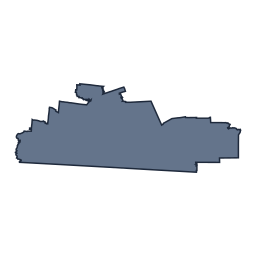 the district of Uxpanapa, Veracruz, Mexico
{"feature_id": "50627088B30619044405855", "entity_name": "Uxpanapa", "entity_type": "district", "adm_level": 2, "iso_a3": "MEX", "parent_name": "Mexico", "parent_adm1": "Veracruz", "projection": "orthographic", "projection_center": [-94.45, 17.306], "detail": "fine", "context": "isolated", "style": "filled", "palette": "slate", "viewbox_px": 256, "rotation_deg": 0, "n_neighbors": 0, "source": "geoboundaries", "source_scale": "gbopen_adm2", "svg_char_len": 5298}
<svg xmlns="http://www.w3.org/2000/svg" viewBox="0 0 256 256"><path d="M196.4,172.2L196.4,170.5L196.9,170.5L196.9,169.8L196.9,168.0L196.9,167.5L196.9,167.0L196.9,166.7L196.9,166.0L196.1,166.0L196.1,165.2L197.0,165.2L196.9,163.9L196.2,163.9L196.5,163.7L195.7,162.7L195.7,162.3L219.6,162.4L219.5,158.0L238.4,157.8L238.4,143.5L238.5,134.8L239.5,133.4L240.2,132.1L240.3,131.6L240.3,131.3L240.3,131.0L240.4,130.7L240.6,130.5L240.6,130.4L240.6,130.2L240.4,129.7L240.3,129.4L240.2,129.3L239.9,129.5L239.7,129.5L239.3,129.7L239.2,129.6L238.8,129.5L238.0,129.4L237.9,129.5L237.7,129.8L237.5,129.7L237.2,129.7L236.7,129.4L236.5,129.2L236.4,128.8L236.3,128.7L236.2,128.5L235.8,128.3L234.1,127.8L233.2,128.0L232.8,127.7L231.7,128.1L231.3,128.1L230.7,127.9L230.1,128.1L228.5,128.8L228.3,128.1L227.8,128.2L227.6,127.7L227.8,127.5L229.2,126.8L229.2,126.1L230.1,124.4L228.0,123.5L227.9,122.9L227.0,123.0L226.8,123.1L225.9,122.6L224.7,122.7L219.8,122.6L210.7,122.6L210.4,117.3L210.0,117.3L209.1,118.0L207.9,118.2L196.4,118.2L196.5,117.5L188.2,117.6L185.5,117.5L185.4,116.8L181.3,117.5L179.0,117.8L178.2,117.8L171.9,118.6L164.0,123.0L163.8,123.0L163.7,123.2L163.5,123.4L163.4,123.6L163.2,123.7L163.1,123.9L163.0,124.1L162.9,124.3L162.9,124.5L162.7,124.6L162.3,124.7L162.1,124.7L161.8,124.8L161.7,124.9L161.6,125.0L151.0,101.2L130.0,102.3L125.7,102.3L125.7,101.6L124.7,101.4L124.1,101.5L123.3,101.1L122.5,101.2L122.9,100.6L122.8,100.2L122.7,100.2L122.3,99.3L122.1,98.4L121.5,98.4L121.4,98.3L121.2,98.0L121.6,97.9L122.5,97.5L121.9,96.7L121.2,96.7L121.3,95.7L120.5,93.9L120.0,94.0L119.4,94.2L119.3,93.2L121.4,92.5L123.2,91.9L124.1,91.7L125.4,91.3L124.7,88.9L124.1,87.7L123.8,87.1L119.0,88.6L117.5,89.2L113.0,90.7L111.4,91.3L110.0,91.7L108.8,92.1L106.2,93.0L105.0,93.4L104.5,93.6L104.3,93.6L104.0,93.7L102.9,94.1L103.1,93.7L103.3,93.5L102.9,93.0L102.9,92.8L103.3,92.4L103.5,92.4L103.8,92.2L103.7,92.1L104.3,91.9L104.1,91.5L103.3,91.2L103.6,90.7L103.5,90.3L102.8,90.4L103.0,89.5L103.0,88.9L102.7,88.7L102.3,88.8L102.0,87.9L103.0,88.1L103.0,87.7L102.7,87.1L102.6,86.9L102.9,86.8L103.4,86.4L99.3,86.0L98.2,85.8L96.6,85.7L90.8,84.9L89.9,84.8L84.6,84.3L81.8,84.0L80.3,83.9L79.9,83.8L80.0,85.1L79.0,84.9L77.9,84.9L76.8,84.8L76.9,87.3L76.8,88.6L76.7,89.9L75.7,89.8L75.6,91.0L75.4,92.3L76.4,92.4L76.5,93.7L76.6,94.9L76.9,94.9L77.2,96.4L79.0,96.5L78.9,97.6L79.2,97.6L80.2,97.7L81.3,97.8L82.2,97.9L82.1,98.4L83.1,98.7L83.2,99.3L83.7,99.3L83.8,99.7L84.5,99.5L86.0,99.4L86.0,100.3L87.3,100.3L87.4,100.8L87.6,100.8L87.6,99.8L87.3,99.8L87.3,99.5L88.4,99.3L88.3,99.5L88.5,100.0L88.4,101.0L89.3,101.4L89.3,99.4L89.9,100.0L90.3,100.7L91.0,100.0L90.8,100.9L89.0,101.7L88.3,102.7L86.7,104.8L84.7,104.6L82.3,104.4L79.1,104.0L71.6,102.9L71.1,102.8L70.5,102.8L68.7,102.6L68.1,102.4L65.0,102.1L63.2,101.8L62.3,101.8L59.5,101.2L59.4,102.0L59.3,103.8L59.2,104.9L59.0,106.4L58.9,107.5L58.7,109.0L58.5,110.5L58.4,112.6L57.2,112.0L56.1,111.4L55.7,111.1L55.9,110.0L55.3,109.7L54.9,109.5L54.5,109.2L54.2,109.0L52.9,108.2L51.9,107.7L49.5,107.3L49.4,107.8L49.3,108.2L49.2,108.6L49.3,109.5L49.2,110.4L49.0,112.3L48.8,113.8L48.5,115.9L48.4,117.5L48.3,119.0L48.2,119.7L47.7,123.7L47.3,123.5L47.2,123.4L47.1,123.6L47.0,123.8L46.8,123.9L46.6,123.8L46.4,123.5L46.2,123.3L45.8,123.3L45.5,123.4L45.3,123.4L45.2,123.3L45.2,123.1L45.2,122.8L45.2,122.5L45.1,122.2L45.0,121.8L44.8,121.6L44.6,121.6L44.4,121.7L44.3,121.8L44.1,121.8L43.8,121.6L43.6,121.5L43.5,121.1L43.3,121.0L42.7,121.4L40.7,121.5L40.6,121.4L40.2,121.4L39.9,121.3L39.2,121.0L38.9,120.8L37.9,120.6L37.3,120.4L35.9,120.2L33.8,120.0L33.2,120.2L32.2,119.5L31.9,124.0L31.7,125.3L31.4,128.1L29.8,128.1L29.9,128.4L29.7,128.7L29.5,129.0L29.5,129.3L31.4,129.5L31.3,131.2L27.5,131.2L27.4,131.3L27.2,131.4L27.1,131.5L24.3,131.1L24.0,131.2L24.0,131.5L23.9,131.8L23.8,132.0L23.6,132.1L23.4,132.3L23.2,132.4L22.6,132.7L22.2,133.0L21.9,133.1L21.4,133.2L21.0,133.4L20.4,133.7L20.0,133.8L19.5,133.8L19.1,133.7L18.6,133.6L18.3,133.7L18.0,133.8L17.7,134.1L17.4,134.4L17.1,134.9L16.8,135.3L16.7,135.6L16.4,136.2L16.4,136.7L16.4,137.2L16.5,137.6L16.7,138.0L17.0,138.2L17.4,138.3L17.8,138.3L18.1,138.6L18.2,138.9L18.2,139.7L18.3,140.2L18.4,140.4L18.6,140.5L18.9,140.7L19.3,140.7L19.6,140.7L19.9,140.2L20.1,140.2L20.2,140.6L20.1,141.0L20.1,141.5L20.0,141.8L19.7,141.5L19.3,141.1L19.0,141.4L19.1,141.6L19.3,141.8L19.5,142.0L19.3,142.3L19.0,142.2L18.7,142.3L18.4,142.3L18.3,142.5L18.3,142.8L18.4,143.0L18.7,143.0L18.9,143.2L18.8,143.6L18.4,143.8L17.8,144.6L17.9,144.9L17.5,145.6L17.3,145.7L17.3,145.9L17.3,146.2L17.4,146.6L17.2,147.2L17.1,147.6L16.8,148.2L16.7,148.3L16.5,148.5L16.4,148.6L16.3,149.1L16.2,149.2L16.2,149.5L16.2,149.8L16.1,150.0L16.3,150.3L16.6,150.3L16.9,150.5L16.9,150.8L16.7,151.2L16.6,151.3L16.3,151.6L16.0,151.9L15.7,152.1L15.4,152.3L15.5,152.7L16.1,152.9L16.4,153.0L16.8,153.1L16.9,153.3L16.6,153.5L16.4,153.5L16.1,153.8L16.0,154.1L15.9,154.4L16.0,154.6L16.1,155.0L16.2,155.3L16.4,155.5L16.9,155.8L17.1,156.0L17.2,156.7L17.1,157.0L16.7,157.5L16.6,158.0L16.8,158.0L17.2,158.1L17.3,158.2L17.4,158.3L17.7,158.8L17.8,159.1L18.0,159.1L18.9,159.2L19.4,159.3L19.8,159.5L20.7,159.7L21.0,159.9L21.2,160.2L21.2,160.5L21.0,160.8L20.4,161.0L19.9,161.3L19.6,161.3L19.5,161.5L19.4,161.8L19.4,162.1L19.5,162.3L63.8,164.7L108.5,167.2L153.4,169.8L196.4,172.2Z" fill="#64748b" stroke="#1e293b" stroke-width="1.5"/></svg>